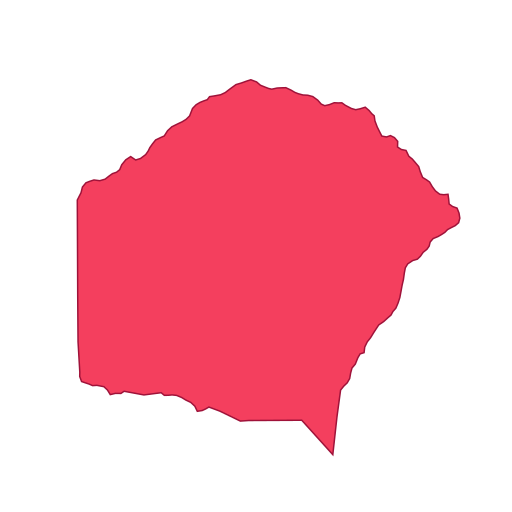 Água Fria, Bahia, Brazil (Robinson projection), rotated 15°
{"feature_id": "56859067B52662143851434", "entity_name": "Água Fria", "entity_type": "district", "adm_level": 2, "iso_a3": "BRA", "parent_name": "Brazil", "parent_adm1": "Bahia", "projection": "robinson", "projection_center": [-38.688, -11.822], "detail": "fine", "context": "isolated", "style": "filled", "palette": "rose", "viewbox_px": 512, "rotation_deg": 15, "n_neighbors": 0, "source": "geoboundaries", "source_scale": "gbopen_adm2", "svg_char_len": 2331}
<svg xmlns="http://www.w3.org/2000/svg" viewBox="0 0 512 512"><g transform="rotate(15 256 256)"><path d="M443.1,166.7L441.0,162.0L437.8,157.7L433.0,157.3L429.1,155.8L427.3,151.0L425.5,146.7L421.5,148.2L417.5,148.8L412.5,146.7L408.3,143.4L404.5,139.6L401.0,138.3L396.6,137.0L392.8,132.0L390.0,127.5L386.1,124.8L381.9,121.9L377.8,120.1L373.6,115.2L368.8,115.5L364.5,114.1L363.2,108.6L359.1,105.8L354.7,104.9L351.3,107.2L346.5,107.6L343.6,104.4L339.7,100.0L335.9,94.7L333.9,90.0L330.8,88.5L327.6,86.2L323.0,84.0L318.4,86.9L314.4,88.9L309.9,88.8L303.2,87.3L299.3,85.8L295.7,86.9L291.9,87.7L287.7,90.8L283.5,93.0L279.7,92.4L275.3,89.5L269.6,87.3L264.4,87.3L259.7,88.3L254.8,88.3L251.2,87.9L246.9,86.7L241.3,85.7L237.2,86.9L232.9,88.3L228.0,90.8L224.7,90.9L220.9,90.5L216.1,89.9L211.5,87.7L205.4,87.1L201.5,89.6L197.2,92.6L192.3,95.6L187.3,101.8L184.0,106.1L180.1,109.4L174.0,112.3L169.9,114.1L168.5,117.6L165.4,119.7L162.2,122.1L159.0,125.4L156.5,129.9L155.6,137.9L153.1,142.1L150.0,145.4L146.0,148.8L141.3,152.9L138.2,157.8L136.3,163.8L133.3,166.2L129.0,169.9L127.0,174.5L125.4,178.8L124.7,182.5L123.2,186.6L119.2,191.7L114.9,194.4L109.2,192.4L105.3,196.8L102.7,202.6L102.0,207.9L99.6,211.2L96.0,213.6L93.3,216.9L90.4,220.8L85.6,223.7L79.8,224.5L75.9,227.0L72.8,229.3L70.5,234.3L70.6,240.2L68.9,248.2L82.7,298.8L93.9,339.9L106.3,384.9L115.9,413.9L116.9,418.0L120.0,422.4L124.3,422.7L127.9,422.9L131.7,423.5L135.8,422.1L142.9,421.6L147.2,423.9L151.1,427.6L155.7,425.1L161.1,423.7L163.6,420.8L183.7,419.2L199.8,412.6L203.5,414.3L207.4,413.2L210.9,411.9L215.4,411.2L220.8,411.9L225.5,413.3L230.9,414.3L235.8,416.9L239.5,421.2L244.0,419.2L246.9,416.8L249.6,414.1L261.2,415.2L283.6,419.5L291.5,416.8L342.7,402.8L381.6,428.0L375.8,390.1L372.4,363.6L374.5,358.9L376.9,355.0L378.2,350.1L377.7,344.5L377.7,339.4L379.9,334.7L380.7,327.9L381.9,323.6L385.4,321.4L384.6,315.8L385.7,310.1L387.8,305.3L389.5,299.6L391.1,294.7L392.4,290.8L396.3,286.3L399.3,281.6L401.7,278.1L402.6,274.2L404.6,270.2L405.4,264.6L405.7,259.0L405.2,252.5L404.7,246.5L404.5,240.6L403.7,234.2L403.3,228.7L404.6,224.3L408.6,219.8L412.7,217.3L414.9,213.6L416.5,209.2L419.4,205.2L420.7,201.6L420.6,197.5L422.6,193.3L426.8,190.1L429.7,187.2L432.3,184.3L434.2,180.9L437.2,178.1L440.6,175.1L443.1,171.4L443.1,166.7Z" fill="#f43f5e" stroke="#9f1239" stroke-width="1.5"/></g></svg>